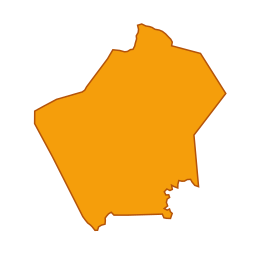 Santana dos Garrotes, Paraíba, Brazil (Albers equal-area conic projection), rotated 95°
{"feature_id": "56859067B10532449227644", "entity_name": "Santana dos Garrotes", "entity_type": "district", "adm_level": 2, "iso_a3": "BRA", "parent_name": "Brazil", "parent_adm1": "Paraíba", "projection": "albers", "projection_center": [-37.95, -7.392], "detail": "fine", "context": "isolated", "style": "filled", "palette": "amber", "viewbox_px": 256, "rotation_deg": 95, "n_neighbors": 0, "source": "geoboundaries", "source_scale": "gbopen_adm2", "svg_char_len": 1163}
<svg xmlns="http://www.w3.org/2000/svg" viewBox="0 0 256 256"><g transform="rotate(95 128 128)"><path d="M31.0,98.7L28.8,102.1L27.7,105.5L27.3,109.8L25.8,112.6L25.1,115.4L24.8,119.2L23.2,123.4L24.8,127.4L28.8,126.1L32.0,126.2L35.5,127.8L38.5,127.2L42.9,128.1L45.9,128.5L49.2,129.9L49.7,132.4L51.8,135.2L52.4,138.0L51.5,143.1L51.4,149.9L56.4,152.3L60.7,154.3L90.5,172.8L94.1,174.4L96.1,176.8L105.7,201.7L113.3,213.4L119.3,222.4L131.8,221.4L163.1,200.8L220.2,165.3L223.4,162.5L226.1,159.9L227.9,157.0L229.5,155.1L232.8,152.0L232.5,149.4L229.1,148.7L227.1,146.0L225.8,142.5L222.2,142.5L219.7,142.9L217.5,141.6L215.2,139.9L213.4,137.4L216.0,134.4L214.9,121.4L210.8,86.3L214.3,84.4L214.6,81.8L214.4,77.8L209.2,76.5L207.7,78.5L205.1,79.6L206.4,81.8L205.1,84.9L202.2,81.7L198.8,83.3L195.4,82.8L193.5,80.5L191.0,81.6L191.4,84.4L188.4,86.3L185.4,84.0L186.6,80.8L185.3,78.5L181.2,79.6L182.3,77.1L183.4,73.2L179.7,73.4L175.9,72.8L176.3,69.8L176.0,67.2L174.2,64.5L173.7,61.2L176.2,59.5L179.3,56.5L180.3,52.6L134.9,60.7L129.3,61.7L122.6,57.4L85.1,33.6L47.4,62.3L42.3,91.7L38.5,91.4L35.8,93.2L33.7,95.7L31.0,98.7Z" fill="#f59e0b" stroke="#b45309" stroke-width="1.5"/></g></svg>